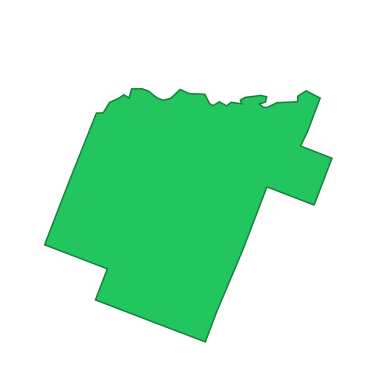 Pittsburg, Oklahoma, United States of America, rotated 21°
{"feature_id": "52423323B82358250228718", "entity_name": "Pittsburg", "entity_type": "district", "adm_level": 2, "iso_a3": "USA", "parent_name": "United States of America", "parent_adm1": "Oklahoma", "projection": "robinson", "projection_center": [-95.719, 34.947], "detail": "fine", "context": "isolated", "style": "filled", "palette": "green", "viewbox_px": 384, "rotation_deg": 21, "n_neighbors": 0, "source": "geoboundaries", "source_scale": "gbopen_adm2", "svg_char_len": 765}
<svg xmlns="http://www.w3.org/2000/svg" viewBox="0 0 384 384"><g transform="rotate(21 192 192)"><path d="M258.0,293.8L260.2,227.2L260.1,160.4L310.6,160.4L310.7,149.2L310.6,123.4L310.6,110.3L296.4,110.3L276.9,110.2L278.2,94.1L278.0,58.4L262.3,56.6L256.4,64.7L258.3,69.9L239.3,78.2L231.8,86.2L228.0,87.3L223.4,85.7L228.4,81.7L227.6,76.3L221.6,77.2L207.6,84.7L204.2,88.9L206.8,91.9L196.4,94.2L193.5,99.2L185.2,98.0L180.8,103.8L176.8,103.2L168.9,96.2L154.1,101.1L144.2,100.5L138.6,112.1L132.3,116.7L125.8,116.7L114.9,113.3L108.1,113.6L98.6,117.4L99.6,126.7L93.4,125.6L90.4,130.4L82.9,137.9L80.8,149.9L74.5,152.6L73.5,227.4L73.4,260.7L73.3,294.1L140.5,294.1L140.5,327.4L207.6,327.3L258.1,327.2L258.0,293.8Z" fill="#22c55e" stroke="#15803d" stroke-width="1.5"/></g></svg>